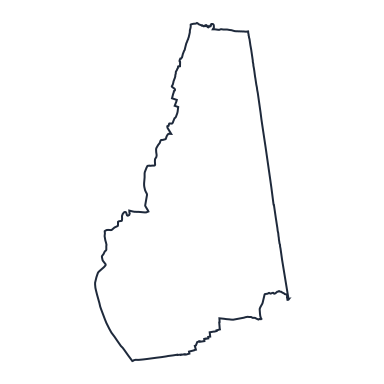 the district of Hua Sai, Nakhon Si Thammarat, Thailand
{"feature_id": "78962969B3746185944744", "entity_name": "Hua Sai", "entity_type": "district", "adm_level": 2, "iso_a3": "THA", "parent_name": "Thailand", "parent_adm1": "Nakhon Si Thammarat", "projection": "robinson", "projection_center": [100.249, 8.028], "detail": "fine", "context": "isolated", "style": "outline", "palette": "slate", "viewbox_px": 384, "rotation_deg": 0, "n_neighbors": 0, "source": "geoboundaries", "source_scale": "gbopen_adm2", "svg_char_len": 5858}
<svg xmlns="http://www.w3.org/2000/svg" viewBox="0 0 384 384"><path d="M132.3,361.0L132.5,360.9L132.9,360.9L133.7,360.3L135.6,359.8L138.4,359.9L142.7,359.5L146.9,359.0L156.6,357.7L161.6,357.1L166.2,356.4L168.1,356.0L173.0,355.4L177.3,354.7L177.4,355.0L180.9,354.6L180.9,354.9L184.6,354.2L184.6,354.6L185.9,354.6L189.4,353.6L189.0,351.6L194.2,350.3L194.4,350.2L194.5,350.0L195.9,349.7L194.8,345.9L195.9,345.4L196.7,343.4L197.2,342.1L198.6,341.6L198.8,341.3L199.6,341.2L199.7,341.8L199.8,341.8L204.4,341.1L204.2,338.9L205.9,338.5L206.0,338.8L208.3,338.4L208.2,336.9L210.2,336.6L209.7,332.3L213.6,331.6L214.1,331.6L214.4,331.6L216.8,331.0L216.9,330.8L216.7,330.3L218.6,329.8L219.0,329.6L219.9,329.4L219.7,328.4L219.2,322.2L219.3,322.1L219.6,322.0L219.4,318.3L224.2,318.8L226.1,319.1L229.7,319.4L231.0,319.6L233.2,319.7L243.9,317.7L245.5,317.2L247.6,316.8L249.1,317.0L251.0,317.0L251.5,317.2L252.5,317.8L253.0,317.9L253.9,317.8L255.0,317.9L255.7,318.2L256.3,318.6L258.3,319.5L258.6,319.5L259.1,319.1L259.5,319.0L260.2,319.1L260.8,319.2L261.0,319.2L261.4,318.9L260.9,318.1L260.3,316.2L260.0,314.0L259.7,309.9L259.7,308.9L259.9,308.3L260.6,306.7L262.2,303.9L262.6,302.9L264.6,294.5L264.8,294.2L265.4,294.0L267.6,293.7L268.0,293.5L268.7,293.0L269.1,292.9L269.6,293.1L270.1,293.5L270.6,293.6L271.0,293.5L271.6,293.2L273.0,292.8L273.4,292.9L274.0,293.6L274.3,293.7L275.4,293.3L276.1,292.7L277.3,291.7L278.2,291.6L278.9,291.1L279.2,291.1L280.1,291.7L281.3,291.8L282.3,292.6L283.9,293.3L284.8,294.1L286.2,294.4L286.7,294.7L286.9,295.0L287.1,295.6L287.2,296.0L287.0,296.8L287.0,297.2L287.0,297.7L287.4,298.7L287.4,299.8L287.7,299.9L288.4,299.7L288.6,299.5L288.9,299.1L288.6,299.2L288.4,297.6L288.2,297.1L282.1,259.9L280.5,248.5L280.1,246.6L280.0,244.8L279.5,243.4L279.3,241.9L278.9,239.4L278.8,237.9L278.5,236.1L278.2,233.0L277.7,230.9L277.4,228.2L275.8,217.9L273.9,204.8L273.6,204.7L273.4,203.3L271.4,187.8L270.0,177.9L265.6,147.3L262.2,124.7L261.4,119.2L260.6,112.9L257.8,93.1L257.5,91.5L257.2,90.0L256.9,87.5L256.3,84.6L255.4,78.5L255.1,76.9L254.3,70.9L253.9,68.3L253.4,65.7L253.3,64.1L252.8,61.7L252.8,60.7L251.2,49.7L250.4,45.3L249.5,39.1L249.0,37.4L248.9,36.2L248.6,35.5L248.6,34.5L248.2,32.8L248.2,31.9L248.1,31.4L246.1,31.7L244.0,31.5L235.1,31.2L233.5,30.8L231.5,30.2L229.8,30.0L226.9,29.5L223.2,29.5L221.1,29.2L220.6,29.3L219.4,29.8L218.3,29.8L216.9,29.6L214.7,29.3L212.8,29.3L213.1,28.7L213.8,27.8L213.9,27.4L213.9,27.0L213.8,25.5L213.6,24.8L213.4,24.5L213.1,24.2L212.6,24.0L211.4,24.0L211.2,24.6L210.8,24.9L210.9,25.7L210.5,26.3L210.3,26.3L209.9,26.0L209.7,26.2L209.3,26.3L208.8,27.1L208.6,27.2L208.5,26.8L208.2,26.4L207.9,26.8L207.6,26.9L207.3,26.1L207.0,25.9L206.9,25.9L206.3,26.1L206.1,26.1L206.0,25.8L206.2,25.5L206.2,25.3L205.8,25.4L205.7,25.2L205.4,25.2L205.2,25.6L204.8,25.8L204.8,26.0L204.5,26.0L204.3,26.2L203.8,26.3L203.5,26.0L203.4,25.9L203.1,26.0L202.8,25.9L202.5,25.8L202.2,25.4L201.8,25.6L201.5,25.2L201.0,25.2L198.6,24.2L197.5,23.2L196.9,23.0L196.7,23.1L196.3,23.4L195.8,23.6L193.3,23.8L191.2,24.3L190.7,24.6L190.7,24.9L190.7,26.9L190.4,28.4L189.9,30.2L189.8,32.5L189.3,34.7L188.9,36.4L188.8,36.9L188.7,37.3L188.2,38.5L188.1,39.3L187.5,40.3L187.2,41.2L187.1,41.7L186.9,42.0L186.3,43.4L186.2,43.7L185.0,48.4L184.7,49.9L184.1,50.8L182.8,54.2L182.6,55.1L182.0,57.4L181.7,57.6L181.1,58.6L180.3,58.6L179.7,60.0L179.5,61.0L179.6,61.3L179.9,61.3L180.0,61.5L180.1,62.0L180.0,66.3L179.8,66.4L178.3,66.3L178.2,66.4L178.0,67.0L177.8,68.3L177.3,68.9L176.8,70.2L176.0,71.5L175.8,72.1L175.8,72.8L175.8,73.4L175.3,75.2L175.3,76.2L174.9,77.7L174.6,78.6L174.4,79.0L173.5,81.5L173.4,82.2L172.8,84.5L171.8,86.3L172.0,86.8L173.4,87.9L174.2,88.4L174.9,89.2L175.0,89.6L174.9,90.3L174.8,90.5L173.9,91.1L173.8,92.1L173.1,94.1L172.0,98.3L176.8,99.9L176.4,101.4L174.7,105.8L178.2,107.0L178.0,108.6L177.6,111.8L177.2,113.4L175.9,116.9L175.2,117.8L174.7,118.1L174.5,118.3L173.2,121.5L172.8,122.7L171.9,123.6L169.4,123.5L169.2,123.7L169.0,124.1L168.8,124.9L168.6,125.8L168.4,125.9L167.4,126.1L167.3,126.3L167.4,127.3L167.6,128.0L171.2,133.9L168.6,133.8L168.0,134.2L167.4,135.0L166.6,136.4L165.8,138.9L165.4,139.2L162.9,139.9L161.2,140.0L160.7,140.5L160.3,141.2L160.0,142.3L159.7,143.0L159.1,143.8L158.2,144.9L156.5,147.8L156.1,149.0L156.1,149.9L156.2,152.1L156.6,154.8L156.6,155.7L156.3,157.1L155.2,158.8L155.0,159.5L154.9,161.3L155.1,164.8L154.9,165.2L154.6,165.5L154.0,165.6L152.3,165.6L150.3,165.8L149.7,165.8L149.3,165.6L148.7,165.7L148.3,165.8L147.5,165.9L146.6,167.5L144.8,172.1L144.6,173.4L144.6,177.3L144.4,179.8L144.1,183.3L144.1,185.2L144.3,186.9L145.0,189.9L145.2,190.5L145.8,191.8L146.8,193.7L147.0,194.6L147.0,195.0L145.2,205.3L145.2,205.7L145.5,206.4L147.9,210.4L148.4,211.5L146.1,212.4L144.5,212.4L139.0,211.9L134.6,211.8L132.9,211.5L129.3,210.6L129.4,212.4L129.7,213.5L129.4,214.4L129.3,214.8L129.2,215.0L128.3,215.5L127.8,215.7L127.5,215.6L127.3,215.5L126.9,215.1L126.4,213.3L126.0,212.4L125.8,212.2L125.3,212.0L125.0,212.0L124.5,212.1L124.0,212.4L122.7,214.0L122.0,216.0L122.0,216.7L122.1,219.0L121.9,220.4L121.8,220.7L121.5,220.9L118.9,221.3L118.3,221.6L118.0,221.9L118.0,222.7L118.0,225.1L117.9,225.5L117.7,226.0L114.5,227.5L111.6,230.0L110.8,230.1L108.5,229.9L106.8,230.0L106.1,230.3L104.9,231.0L104.7,231.2L104.9,233.5L104.6,236.1L105.3,240.2L106.0,242.6L106.5,244.9L106.3,245.9L106.3,247.2L106.3,249.7L106.2,250.0L105.8,250.6L105.0,251.2L104.7,251.6L103.5,254.1L102.1,255.9L101.9,256.5L102.0,257.5L102.5,259.8L102.7,260.5L103.0,260.9L105.4,264.0L105.6,264.3L105.6,264.8L105.6,265.1L105.3,265.6L104.1,267.0L100.8,269.9L98.9,271.6L98.5,272.0L97.9,272.9L97.2,274.9L96.4,277.3L95.1,282.7L95.1,284.6L95.4,287.8L95.9,290.1L97.0,294.5L99.4,303.1L100.2,306.6L101.1,309.2L104.9,319.3L106.4,323.0L109.3,328.8L111.4,332.6L114.7,337.0L117.0,340.4L120.9,346.0L122.7,347.8L124.4,350.1L128.3,355.6L132.3,361.0Z" fill="none" stroke="#1e293b" stroke-width="2"/></svg>